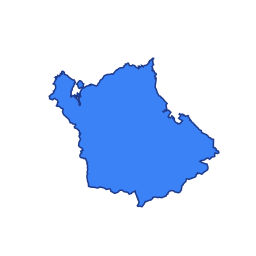 Langkat, Sumatera Utara, Indonesia, rotated 309°
{"feature_id": "22746128B45262154134474", "entity_name": "Langkat", "entity_type": "district", "adm_level": 2, "iso_a3": "IDN", "parent_name": "Indonesia", "parent_adm1": "Sumatera Utara", "projection": "mercator", "projection_center": [98.309, 3.76], "detail": "fine", "context": "isolated", "style": "filled", "palette": "blue", "viewbox_px": 256, "rotation_deg": 309, "n_neighbors": 0, "source": "geoboundaries", "source_scale": "gbopen_adm2", "svg_char_len": 5826}
<svg xmlns="http://www.w3.org/2000/svg" viewBox="0 0 256 256"><g transform="rotate(309 128 128)"><path d="M76.6,107.7L75.5,108.8L75.4,110.4L76.5,111.7L76.5,113.2L77.6,114.2L75.6,117.6L75.5,118.5L74.3,118.6L73.4,120.3L71.6,121.4L71.1,122.2L69.0,123.6L67.7,124.1L66.9,125.6L65.7,125.7L64.2,126.8L60.8,130.6L60.2,131.9L57.8,134.1L58.4,135.1L58.5,136.1L60.9,139.4L62.0,141.8L62.5,142.4L64.0,143.0L65.0,144.2L66.5,147.6L66.5,149.7L69.4,152.1L69.2,153.0L68.1,154.3L68.8,158.8L71.5,160.4L72.8,160.8L73.6,160.6L74.7,161.1L75.6,162.2L76.0,163.3L76.0,164.9L77.9,168.4L77.3,170.4L77.5,170.7L79.1,171.7L81.5,172.1L82.3,172.9L83.6,173.4L82.1,174.8L80.7,177.6L79.9,178.5L79.5,180.0L79.1,180.1L77.4,183.1L75.8,183.9L73.6,184.1L73.7,184.6L73.4,184.7L73.3,184.9L74.9,186.8L75.6,188.4L79.0,188.3L81.7,187.7L81.8,188.2L85.5,190.2L86.4,191.1L88.9,191.5L89.5,191.0L90.6,191.6L92.0,193.3L92.8,195.2L93.8,195.8L95.0,198.0L99.3,200.4L100.7,199.9L101.9,200.5L103.2,199.7L106.3,200.6L107.9,203.0L107.7,204.4L109.3,207.7L110.4,208.6L113.2,208.5L117.3,206.2L118.5,206.6L119.7,206.2L122.9,206.6L124.0,205.9L125.6,205.6L126.5,207.7L132.3,211.1L132.9,211.2L134.9,210.4L135.7,210.7L136.9,210.3L137.1,211.5L137.8,212.2L138.6,214.5L141.2,214.8L145.5,216.1L146.9,215.6L148.2,214.4L149.7,211.8L148.9,210.9L147.9,207.6L147.3,204.9L147.9,205.0L148.5,205.1L150.9,207.2L152.1,207.8L153.3,207.9L155.0,209.0L155.1,211.1L158.4,211.6L160.4,213.3L163.0,211.3L163.6,211.8L164.5,213.6L165.9,214.2L166.9,213.0L166.3,211.1L166.3,210.2L167.1,210.0L167.4,207.7L166.6,207.2L166.7,206.5L173.0,201.6L172.0,199.9L172.2,198.3L171.6,196.7L172.1,195.3L172.2,192.9L171.4,190.8L171.2,189.1L170.7,188.2L172.2,186.5L171.7,185.5L171.6,184.1L172.2,181.6L172.0,180.4L172.6,178.6L172.1,177.8L172.9,176.1L172.7,174.3L173.6,171.4L173.1,171.2L173.6,170.8L174.5,168.7L174.8,167.0L175.4,167.1L175.4,166.8L173.2,165.3L173.4,164.0L172.7,163.4L173.3,163.2L172.9,162.5L173.2,161.8L171.7,160.6L171.6,159.1L170.9,159.2L171.0,160.7L170.4,161.4L167.5,161.2L167.4,163.2L167.8,164.3L167.9,165.8L163.9,165.6L163.6,164.7L162.6,164.2L162.9,163.7L162.5,161.5L162.8,159.5L163.4,159.1L163.8,157.5L164.4,158.1L164.7,157.9L164.6,157.3L164.1,157.0L164.8,156.7L165.0,156.2L164.5,155.4L165.1,155.0L165.0,154.7L164.8,155.0L162.5,154.4L162.5,153.4L161.8,153.2L161.8,152.7L162.1,152.0L167.2,151.4L167.3,148.3L166.9,147.5L165.1,146.9L165.0,146.0L164.5,145.5L162.8,145.7L162.8,145.0L164.0,145.5L164.9,145.2L165.7,146.0L167.0,146.3L169.7,143.2L170.1,143.3L170.7,142.8L171.6,143.0L172.3,138.1L172.8,136.5L172.6,134.2L172.9,134.0L173.0,133.1L172.5,131.8L174.0,128.2L175.1,126.8L176.6,123.8L177.7,122.7L183.9,119.0L183.5,117.9L184.9,117.8L184.9,116.0L185.9,115.8L187.0,116.4L187.8,116.0L188.0,115.1L187.5,113.7L188.7,112.5L187.8,111.1L187.8,110.6L188.3,110.3L188.7,110.8L189.2,110.7L190.9,107.9L193.5,107.9L194.4,106.0L195.1,105.8L195.9,104.5L198.2,104.1L197.7,103.3L194.2,102.9L193.0,102.5L192.2,103.4L191.2,102.9L190.2,103.2L188.4,102.8L186.9,101.5L185.6,101.0L185.1,101.3L184.9,100.6L185.1,99.9L183.8,99.4L183.5,98.8L181.9,99.2L181.2,98.9L180.1,95.1L180.7,94.3L180.6,93.6L179.7,91.8L178.7,91.7L177.6,90.3L177.5,89.7L178.6,87.6L178.3,87.1L175.9,86.3L175.9,86.0L175.5,86.3L173.9,85.8L172.9,86.4L172.5,86.1L171.9,86.2L169.8,84.1L168.2,83.3L167.1,83.3L165.7,82.5L160.3,82.4L160.0,81.4L158.0,79.9L156.4,78.1L153.8,76.7L151.3,76.9L150.6,77.3L147.6,76.4L145.8,77.0L143.2,77.0L142.1,77.4L140.7,77.0L139.4,73.2L138.8,72.0L138.2,72.0L138.6,71.7L137.5,70.9L137.3,71.1L135.6,70.5L134.6,69.4L131.8,68.7L130.7,67.8L128.5,67.6L126.0,68.2L125.0,69.0L124.6,68.7L122.6,71.5L121.7,70.7L120.1,71.1L118.6,72.8L117.0,75.6L116.0,76.4L115.1,76.1L115.3,75.4L116.5,75.3L116.9,73.7L118.0,72.0L118.6,69.1L118.4,67.5L119.1,65.5L118.5,64.9L116.4,64.3L116.4,63.9L117.8,63.3L117.6,62.9L119.6,61.8L120.5,60.5L121.9,60.8L123.5,60.0L123.7,59.6L126.5,59.3L128.7,58.5L129.1,58.0L130.1,58.6L131.5,56.1L130.8,55.1L130.4,52.9L130.3,50.2L130.6,47.5L129.8,44.9L131.2,43.4L131.0,42.7L131.2,41.9L130.6,41.2L130.0,41.1L129.1,41.8L129.0,42.9L127.5,42.5L127.6,41.4L126.4,42.1L125.8,41.7L125.1,42.3L124.5,41.1L124.7,40.4L123.3,40.6L122.6,39.9L122.5,41.1L121.3,39.9L121.3,40.8L120.8,41.1L119.1,41.6L119.3,41.7L117.1,42.0L116.6,42.5L115.3,42.2L115.7,44.6L113.5,46.7L110.4,47.4L109.7,46.9L109.5,47.7L107.9,48.0L105.4,47.1L103.7,47.1L103.2,46.8L102.7,47.2L102.7,47.8L101.4,48.7L102.3,51.4L102.6,51.3L102.8,51.8L104.8,52.2L104.9,54.3L105.3,55.3L104.1,57.5L103.0,57.4L102.3,58.2L100.4,58.2L100.1,58.5L100.5,59.8L101.2,60.2L101.6,61.1L101.3,63.1L101.6,64.6L101.9,64.6L101.9,65.8L99.4,66.9L97.9,69.5L97.5,77.0L96.7,77.9L96.3,79.2L95.7,79.7L96.5,81.0L96.4,82.6L97.7,84.5L97.8,85.0L97.1,85.6L95.2,85.5L94.5,86.4L95.3,88.7L95.1,91.9L94.2,92.8L93.9,94.4L92.9,93.9L92.6,95.1L90.9,94.9L89.5,97.9L88.6,98.5L87.4,98.5L85.8,99.1L83.4,100.6L83.0,101.3L82.9,103.2L83.3,105.0L82.4,107.0L82.0,107.0L81.3,106.0L80.4,106.0L79.7,106.3L79.9,107.1L79.5,107.7L77.4,107.5L76.6,107.7ZM132.5,60.4L131.2,60.7L129.7,60.4L129.9,61.5L129.0,63.1L128.7,63.2L128.0,65.1L128.5,65.6L129.9,66.0L131.2,67.2L131.9,67.4L132.3,67.3L132.9,66.3L134.4,65.9L134.1,64.6L134.9,62.7L134.6,61.0L134.0,60.5L133.4,60.7L132.5,60.4ZM123.2,67.8L122.2,67.8L121.5,68.1L120.5,69.3L120.1,70.4L122.1,70.1L122.7,69.4L123.4,69.6L123.6,68.5L123.2,67.8ZM119.1,68.2L119.5,67.3L120.3,66.5L120.1,65.7L119.3,66.0L118.8,67.1L118.7,67.6L119.1,68.2ZM183.2,98.5L183.2,97.8L182.6,97.2L182.2,98.1L181.3,98.7L182.6,98.9L183.2,98.5ZM123.3,66.7L122.9,66.8L122.1,67.6L123.2,67.6L123.3,66.7ZM120.5,66.9L119.7,67.4L119.7,67.8L120.2,67.4L120.5,66.9ZM121.3,67.6L121.5,67.1L120.8,68.0L121.2,67.9L121.5,67.5L121.3,67.6ZM122.7,70.5L122.9,70.0L122.7,69.7L122.4,70.3L122.7,70.5ZM194.3,102.6L194.2,102.9L194.8,102.9L194.7,102.8L194.3,102.6ZM185.1,100.5L185.4,99.8L185.3,99.5L185.2,99.7L185.1,100.5Z" fill="#3b82f6" stroke="#1e3a8a" stroke-width="1.5"/></g></svg>